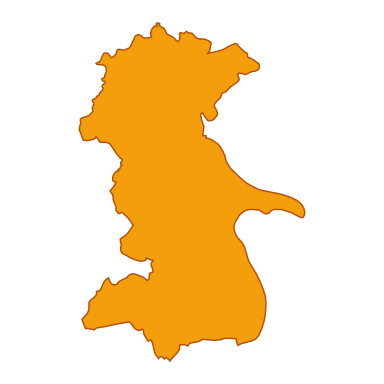 outline of Tuyen Quang, Tuyên Quang, Vietnam
{"feature_id": "81297802B47439602304770", "entity_name": "Tuyen Quang", "entity_type": "district", "adm_level": 2, "iso_a3": "VNM", "parent_name": "Vietnam", "parent_adm1": "Tuyên Quang", "projection": "orthographic", "projection_center": [105.218, 21.783], "detail": "fine", "context": "isolated", "style": "filled", "palette": "amber", "viewbox_px": 384, "rotation_deg": 0, "n_neighbors": 0, "source": "geoboundaries", "source_scale": "gbopen_adm2", "svg_char_len": 5874}
<svg xmlns="http://www.w3.org/2000/svg" viewBox="0 0 384 384"><path d="M302.8,217.6L303.9,216.1L304.4,214.9L304.7,213.0L304.6,211.0L303.5,207.6L301.9,205.0L300.5,203.3L298.7,201.7L296.7,200.3L292.6,198.2L287.1,196.1L281.5,194.3L259.1,189.8L251.5,185.9L246.5,183.0L242.8,180.1L238.6,176.4L234.9,172.6L230.8,168.8L228.9,166.0L226.0,160.8L224.5,154.6L223.8,153.5L223.2,152.0L220.4,147.0L218.3,144.5L216.8,143.2L211.6,139.6L208.3,138.4L205.9,138.1L206.1,136.9L206.1,135.9L205.9,135.6L202.9,135.7L203.3,130.6L203.9,126.5L202.1,121.6L201.3,118.6L200.6,115.1L200.9,114.0L202.3,112.6L206.7,119.3L207.6,120.3L208.6,120.7L210.9,120.6L212.1,120.3L213.3,119.6L214.9,118.2L216.5,116.1L217.3,114.6L217.5,113.5L216.4,110.1L214.5,106.6L214.4,104.6L214.9,103.5L216.1,101.9L220.3,97.9L220.9,96.7L221.3,94.7L222.1,93.5L223.2,92.8L224.5,92.4L225.5,91.9L229.2,88.2L232.2,85.7L237.0,82.3L238.6,80.6L239.1,79.9L239.1,79.4L238.8,77.9L238.0,75.7L237.9,74.3L238.0,73.8L238.3,73.4L239.2,73.1L241.0,73.5L242.9,73.6L245.2,74.6L245.6,74.6L249.8,72.4L252.3,71.5L255.4,71.1L257.8,69.9L258.7,68.9L259.5,67.3L259.5,65.8L259.1,64.1L255.0,60.9L252.8,59.4L250.1,58.0L247.7,57.0L247.4,56.2L247.4,54.2L247.0,53.3L246.6,52.9L245.0,52.1L239.5,47.2L237.0,44.1L235.7,43.6L234.5,43.7L229.5,46.0L223.2,49.5L217.9,51.2L207.7,53.5L209.7,50.7L211.1,42.8L208.4,40.7L205.5,39.4L202.0,38.9L199.9,39.0L198.5,38.9L197.3,38.3L195.7,37.0L193.8,35.3L191.8,33.1L188.4,32.9L186.6,31.4L186.0,31.6L185.2,32.4L184.0,33.3L182.8,33.4L181.6,32.8L180.2,32.8L179.7,33.2L179.5,33.9L179.7,35.9L179.7,39.5L178.5,40.7L177.7,41.2L176.9,41.1L176.3,40.7L175.5,39.3L172.2,36.6L167.6,34.4L166.8,33.7L164.8,29.6L164.0,28.5L163.3,27.9L162.3,27.8L160.0,25.8L159.2,24.5L159.6,23.5L158.8,23.1L157.2,23.0L156.7,23.3L156.3,23.9L156.4,24.8L157.0,25.8L157.0,26.3L156.6,26.5L155.6,26.1L154.4,26.1L152.5,28.2L151.5,30.1L150.7,32.7L150.6,33.9L150.7,34.7L151.4,36.0L151.6,36.9L150.5,37.4L148.3,37.8L144.5,38.0L143.6,37.9L142.7,37.3L141.4,36.0L140.2,35.2L138.3,34.7L137.2,35.0L135.8,35.7L135.0,36.6L130.4,46.6L128.6,48.6L127.5,48.5L124.7,50.0L123.6,50.1L119.9,49.4L118.0,49.4L117.3,50.0L116.9,50.6L116.0,53.7L115.3,54.8L113.5,56.5L111.4,57.7L108.5,54.0L107.4,53.1L104.6,53.0L104.0,53.3L102.6,55.5L101.6,57.6L101.4,58.9L99.7,61.6L96.1,63.4L96.6,64.1L98.7,64.6L102.3,64.8L103.6,65.2L104.7,65.7L105.6,66.9L106.1,68.0L106.3,70.2L106.3,71.8L104.7,75.3L104.6,77.2L104.4,77.6L102.3,78.5L101.8,78.9L101.7,79.1L102.1,80.2L102.7,81.0L105.0,81.3L105.5,82.3L105.1,83.2L103.1,84.3L102.4,85.2L102.1,86.5L102.9,87.9L103.1,88.9L102.4,90.2L99.4,93.3L99.3,94.7L98.3,95.7L96.5,96.4L96.5,97.5L95.8,98.1L93.6,99.2L93.4,99.6L92.4,99.9L92.3,100.6L93.7,103.4L93.8,104.0L93.5,105.0L92.2,108.1L92.2,108.7L93.1,110.3L93.1,111.0L90.1,114.6L89.4,115.1L88.0,116.0L81.5,118.1L80.5,119.0L80.3,119.8L80.7,122.9L79.3,128.3L79.7,130.8L82.1,136.9L82.9,139.5L83.5,140.1L86.1,140.7L91.0,140.0L93.6,139.2L94.6,138.7L95.2,138.2L96.0,136.6L98.3,139.6L99.5,141.7L99.8,142.0L100.6,142.2L106.0,142.4L107.6,142.8L109.1,143.4L110.0,144.2L112.4,147.4L116.3,153.4L118.0,155.5L122.4,160.1L122.1,161.5L120.8,162.3L120.7,162.7L120.8,164.5L121.7,165.1L121.8,165.5L120.7,166.3L120.0,168.3L118.0,169.7L118.7,170.9L118.7,171.2L118.0,171.4L116.8,171.1L116.3,171.4L114.3,173.6L113.6,174.7L112.8,176.8L112.6,180.0L112.8,180.6L114.1,181.7L115.8,182.1L114.0,186.4L110.2,190.6L110.3,191.5L112.5,194.4L112.9,195.4L113.1,196.5L113.3,200.3L115.9,206.3L116.1,207.0L115.9,208.5L116.0,210.2L116.4,210.9L118.3,213.3L119.3,213.6L121.7,212.4L122.8,212.8L127.8,217.7L129.0,219.2L133.1,225.3L130.1,229.9L127.6,233.4L126.6,234.5L120.4,238.9L120.2,239.9L121.3,245.4L120.8,246.7L120.7,248.3L120.7,250.0L120.9,250.9L121.3,252.0L121.9,252.9L122.9,253.7L127.6,256.1L130.2,257.7L133.8,259.3L138.4,260.9L142.3,261.1L145.1,260.5L145.8,260.0L146.2,259.3L146.6,257.8L147.2,258.3L148.9,259.2L151.1,259.8L153.2,260.5L151.5,262.7L151.1,264.1L151.3,265.4L152.9,270.0L153.0,271.4L152.9,271.8L152.1,272.3L150.1,273.0L149.5,273.6L149.1,278.6L148.6,279.4L147.3,280.5L143.1,277.1L136.7,274.7L133.7,273.8L131.6,274.0L129.7,274.8L128.3,275.7L127.2,277.3L125.9,278.2L123.2,279.3L119.0,281.5L118.1,282.5L117.3,283.8L116.4,284.5L115.7,284.7L114.6,284.8L112.6,284.4L111.8,284.0L110.9,283.2L110.2,282.3L108.5,277.8L106.9,278.9L105.2,280.3L103.5,283.0L100.3,290.1L99.6,290.6L98.5,291.1L96.5,291.4L96.5,294.1L95.6,295.9L93.9,297.7L90.7,300.0L89.1,302.1L89.0,302.8L88.9,309.4L88.4,311.0L87.1,313.7L82.2,319.2L82.1,319.8L82.5,320.9L85.5,328.6L87.5,328.4L94.1,329.8L95.4,328.7L96.6,328.0L99.4,327.4L105.7,326.5L109.7,325.5L124.6,322.6L128.5,322.1L130.1,322.4L130.9,323.1L133.3,326.7L135.1,328.7L136.7,329.7L138.0,330.2L139.8,330.4L142.4,329.3L142.9,329.3L143.2,329.5L143.6,331.3L143.6,333.7L147.8,340.8L148.3,341.1L149.1,340.9L150.8,340.0L151.1,340.0L151.4,340.2L152.8,344.2L153.8,349.2L155.3,354.2L157.6,357.1L158.4,358.6L160.1,356.8L161.4,356.5L164.4,359.0L165.8,357.7L166.7,357.7L170.1,361.0L170.6,359.8L177.3,352.7L178.9,350.4L179.5,349.1L179.7,348.2L179.5,346.1L179.8,344.7L180.6,344.8L184.0,344.7L185.2,344.9L187.7,346.0L188.5,345.1L189.7,343.2L197.2,341.9L199.4,341.2L202.0,339.8L203.2,339.4L215.5,340.3L221.6,339.5L223.2,338.7L224.4,338.3L227.3,338.2L234.6,338.6L236.1,338.9L236.3,339.0L236.5,341.8L237.9,345.4L241.2,343.7L252.4,340.6L254.8,339.5L256.7,338.0L258.7,335.4L261.6,329.1L264.1,320.9L265.0,316.3L265.5,311.9L265.9,305.7L265.8,300.6L265.3,296.2L263.4,289.8L260.1,281.7L256.2,273.7L250.9,264.9L248.5,260.7L244.5,246.9L242.3,242.8L237.3,237.2L235.5,234.0L234.6,231.5L234.0,228.5L233.9,226.7L234.2,225.4L235.1,222.4L237.2,218.7L239.7,214.9L241.6,213.1L243.1,212.0L245.9,210.3L248.9,209.6L252.0,209.4L256.2,209.7L259.2,210.2L261.4,211.4L263.8,213.2L265.5,213.8L266.7,213.9L268.6,213.2L270.9,210.9L271.9,210.3L273.0,209.8L275.1,209.4L281.1,209.4L292.2,212.9L298.9,216.7L301.0,217.5L302.8,217.6Z" fill="#f59e0b" stroke="#b45309" stroke-width="1.5"/></svg>